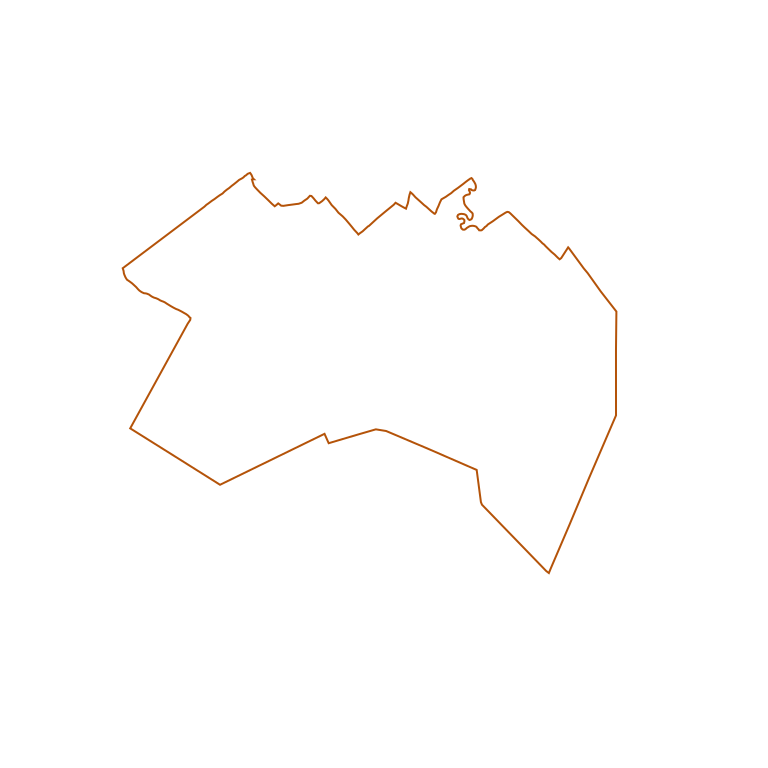 outline of Banan, Batdâmbâng, Cambodia, rotated 323°
{"feature_id": "14789045B38082760726943", "entity_name": "Banan", "entity_type": "district", "adm_level": 2, "iso_a3": "KHM", "parent_name": "Cambodia", "parent_adm1": "Batdâmbâng", "projection": "natural_earth1", "projection_center": [103.091, 12.952], "detail": "fine", "context": "isolated", "style": "outline", "palette": "amber", "viewbox_px": 768, "rotation_deg": 323, "n_neighbors": 0, "source": "geoboundaries", "source_scale": "gbopen_adm2", "svg_char_len": 3850}
<svg xmlns="http://www.w3.org/2000/svg" viewBox="0 0 768 768"><g transform="rotate(323 384 384)"><path d="M245.0,134.3L244.1,136.9L242.9,139.0L242.4,140.5L241.7,143.4L241.5,146.0L242.5,148.9L243.4,152.0L243.9,154.7L244.4,157.5L244.6,160.3L244.9,162.3L245.7,164.7L246.9,167.0L248.3,168.3L249.1,169.3L250.2,171.2L250.7,173.0L251.4,174.9L252.3,176.6L253.7,178.5L254.8,180.5L255.6,182.6L256.6,184.3L257.4,185.5L258.2,187.1L258.8,188.9L259.7,191.2L260.6,193.5L261.9,196.5L263.1,199.0L264.2,200.7L264.9,202.1L266.0,204.4L267.1,207.0L268.0,209.0L268.5,210.7L268.8,211.9L268.8,213.1L269.2,214.8L267.8,216.2L263.5,217.7L154.6,266.7L155.0,267.7L173.6,316.4L192.4,365.8L306.5,388.0L304.2,398.0L317.9,403.1L333.9,409.1L350.2,415.3L357.4,422.8L380.8,463.3L401.3,499.6L406.3,508.4L390.3,536.7L389.6,539.4L401.0,631.0L401.9,634.2L406.1,631.7L447.3,608.1L491.0,582.6L527.8,561.6L550.4,548.7L589.7,496.5L613.2,466.0L612.8,440.5L613.4,418.0L613.1,411.9L613.4,387.2L613.3,385.7L601.3,390.1L599.3,390.1L598.8,387.7L598.5,385.6L598.2,383.4L597.2,379.1L596.0,371.2L595.8,369.0L595.2,366.9L594.9,364.4L594.4,361.6L593.9,359.2L593.5,357.1L592.2,353.1L591.5,348.9L590.5,343.5L589.9,339.8L589.3,334.8L587.6,323.8L587.1,321.8L586.0,320.7L584.2,320.3L580.6,320.0L576.4,319.6L568.8,319.5L562.9,319.1L561.0,319.5L558.9,319.4L557.1,319.8L554.7,320.0L553.9,319.7L552.5,318.5L552.6,317.2L552.4,316.3L552.4,315.2L552.4,314.4L552.1,313.4L551.3,312.3L550.2,311.1L548.8,310.2L547.3,309.5L544.1,309.2L542.1,309.4L540.8,309.0L539.8,308.0L539.5,306.3L540.0,304.8L540.5,303.6L541.5,302.8L543.4,303.2L544.8,303.6L546.3,302.3L546.9,301.2L546.5,299.6L545.9,298.7L544.7,298.1L543.6,297.7L542.9,296.9L543.0,295.6L543.5,294.2L545.0,293.5L546.6,293.8L548.1,294.6L549.0,295.4L550.2,296.6L551.0,298.0L551.2,299.2L550.8,300.9L550.5,302.1L550.6,303.5L551.1,304.6L553.0,305.0L554.2,304.5L555.5,303.6L556.5,302.6L557.4,301.1L557.3,299.7L556.9,298.1L556.8,296.8L556.6,295.0L556.5,293.6L556.4,292.0L556.4,290.2L556.7,288.3L557.5,286.8L558.8,284.3L559.9,282.7L561.8,282.4L563.5,282.6L565.1,283.3L566.4,283.9L567.7,283.2L568.0,282.5L568.3,281.5L568.5,280.3L569.4,279.6L570.7,281.0L570.7,281.8L571.4,282.8L572.3,283.6L573.5,283.9L575.0,282.9L575.9,282.1L576.8,280.6L577.3,279.2L577.5,277.9L577.7,276.3L577.7,274.7L578.0,273.5L577.8,272.2L576.5,271.9L573.7,271.8L571.0,271.8L567.7,271.9L564.8,271.9L561.1,271.9L556.1,271.7L552.6,272.0L549.3,271.8L545.9,271.7L542.8,271.3L541.0,271.1L538.0,272.6L534.7,274.6L531.3,276.4L528.8,278.2L527.0,278.7L526.6,278.0L526.3,276.7L525.8,274.9L525.2,271.7L524.5,268.0L523.7,265.2L522.7,259.8L522.0,256.3L521.5,253.8L521.2,250.2L520.8,247.9L520.5,246.7L518.3,248.2L515.6,250.5L514.0,252.1L511.6,254.2L509.2,255.7L507.1,257.2L506.0,254.9L504.9,252.4L503.4,248.8L502.3,246.2L499.7,246.7L489.0,247.1L478.3,247.6L467.1,248.7L466.1,248.5L461.8,248.9L458.8,249.2L455.4,249.1L453.5,249.2L453.5,247.4L453.0,242.9L452.9,239.3L452.7,234.8L452.4,229.6L451.9,225.3L450.7,219.8L450.6,215.0L449.9,209.6L450.1,204.1L450.0,202.0L449.7,199.9L447.6,200.4L444.6,200.7L441.0,200.6L440.0,199.9L439.6,196.4L439.5,193.1L439.2,190.2L438.1,189.1L434.3,189.8L430.7,189.6L427.4,189.7L424.3,188.7L421.9,187.3L418.7,185.5L415.0,183.4L410.9,181.2L409.2,179.7L408.7,177.7L408.2,176.1L405.5,176.3L403.7,176.3L402.9,172.5L402.2,167.7L401.3,162.1L400.3,156.9L399.7,152.1L399.4,149.2L399.4,147.4L399.7,146.3L400.1,145.4L400.4,144.4L400.7,143.5L401.2,142.3L401.6,141.2L402.4,141.5L403.3,142.2L403.1,141.0L403.2,140.3L403.6,138.9L403.8,138.1L404.0,137.3L404.1,135.7L404.1,134.8L401.6,134.1L399.3,134.3L398.0,134.1L396.1,134.4L394.3,134.3L391.1,133.8L389.6,133.9L387.6,134.0L384.1,134.1L381.6,134.1L378.3,134.3L375.5,134.2L372.5,134.3L369.7,134.7L366.5,134.4L363.5,134.3L359.9,134.3L356.7,134.1L354.2,134.1L352.2,134.1L350.0,134.0L347.3,134.3L245.0,134.3Z" fill="none" stroke="#b45309" stroke-width="2"/></g></svg>